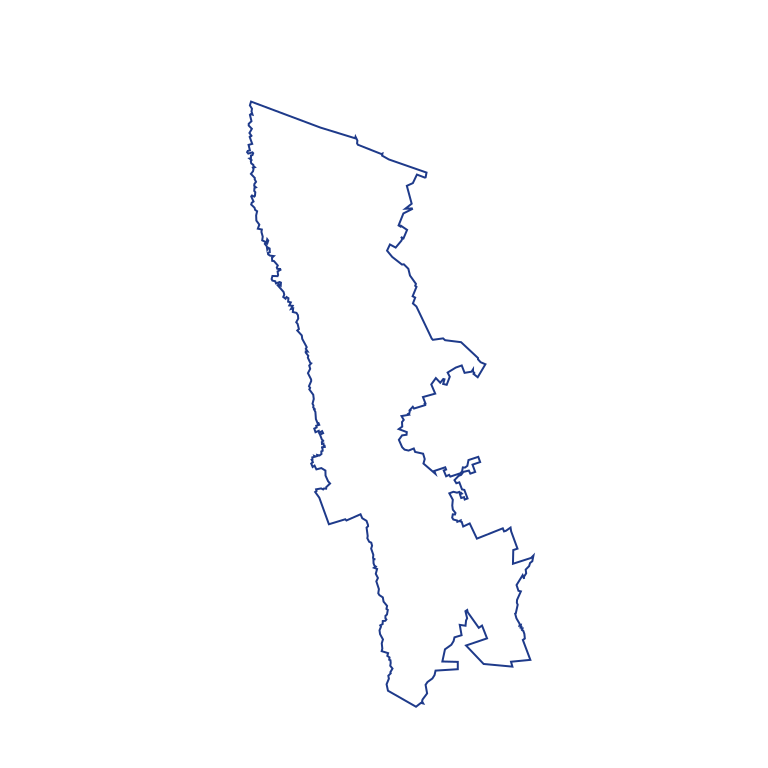 Tapachula, Chiapas, Mexico, rotated 154°
{"feature_id": "50627088B38747904305717", "entity_name": "Tapachula", "entity_type": "district", "adm_level": 2, "iso_a3": "MEX", "parent_name": "Mexico", "parent_adm1": "Chiapas", "projection": "natural_earth1", "projection_center": [-92.282, 14.927], "detail": "fine", "context": "isolated", "style": "outline", "palette": "blue", "viewbox_px": 768, "rotation_deg": 154, "n_neighbors": 0, "source": "geoboundaries", "source_scale": "gbopen_adm2", "svg_char_len": 6137}
<svg xmlns="http://www.w3.org/2000/svg" viewBox="0 0 768 768"><g transform="rotate(154 384 384)"><path d="M493.2,317.1L492.0,310.2L495.0,282.1L478.1,279.4L477.6,277.8L462.2,277.2L462.4,272.9L459.7,268.7L460.2,264.3L460.7,263.1L462.6,262.6L465.3,254.5L466.6,252.7L466.5,248.7L465.0,247.0L465.6,243.9L467.7,241.7L468.5,235.1L470.1,232.5L470.0,231.3L468.6,230.3L470.4,231.0L472.0,227.4L472.2,225.0L471.4,223.5L473.5,223.2L471.3,220.8L474.6,217.0L474.5,212.3L477.4,210.0L478.5,201.9L480.9,198.4L480.7,196.3L478.6,192.7L479.8,188.6L478.5,183.2L480.4,180.8L479.6,179.3L482.4,175.5L484.3,175.0L485.4,172.9L485.1,171.3L486.6,170.6L489.0,171.5L490.5,168.8L493.2,168.7L493.1,167.2L496.0,164.6L497.2,160.9L496.9,154.9L499.7,151.9L501.5,146.9L503.2,144.9L498.3,140.3L500.2,138.2L498.9,135.8L500.2,133.9L499.3,132.9L500.3,130.3L501.9,128.0L501.1,124.5L504.6,122.2L504.8,121.0L508.0,119.9L508.8,117.0L513.3,113.0L514.9,106.6L496.7,79.9L490.6,81.2L488.8,79.7L488.9,82.1L487.7,83.5L480.9,87.0L478.5,95.4L475.5,97.1L469.6,98.1L466.2,100.2L463.3,103.8L442.7,95.3L439.5,101.9L453.2,109.0L445.5,118.8L437.8,120.1L434.2,122.4L431.7,125.4L424.4,124.2L421.5,134.3L416.7,131.0L413.9,135.5L412.0,137.0L410.4,144.1L408.3,144.4L408.8,142.1L405.7,123.3L401.8,123.9L402.9,110.2L424.9,113.0L417.2,88.7L392.5,73.7L391.6,78.7L373.4,71.9L371.4,93.1L369.0,93.5L367.4,97.8L367.0,101.0L367.8,102.3L366.6,103.6L367.6,104.1L367.0,105.3L367.9,105.5L366.6,107.4L368.1,107.5L367.2,108.6L367.7,115.3L366.8,120.1L366.1,120.1L360.6,127.0L360.5,129.1L359.1,131.6L351.9,137.6L353.8,139.2L353.0,145.2L343.2,151.4L343.5,147.5L342.7,149.4L339.2,151.5L338.0,155.1L333.4,156.7L331.2,159.1L328.4,159.7L324.9,164.3L328.1,163.2L346.9,165.9L340.6,178.1L336.2,177.5L334.3,195.9L333.2,199.5L338.8,198.6L340.7,198.9L340.5,202.2L368.3,204.3L368.1,221.1L375.3,221.2L374.6,226.0L375.5,226.8L374.9,227.8L378.5,228.0L378.2,229.3L381.1,231.8L381.3,234.0L379.3,236.7L377.4,235.6L376.3,236.7L377.2,240.9L375.9,244.9L372.9,249.8L373.2,257.1L368.9,256.7L366.0,254.3L363.7,254.0L363.8,252.7L362.6,252.7L362.1,251.4L364.1,251.6L364.6,247.7L361.7,247.2L362.1,244.8L359.1,244.5L358.2,253.6L360.1,255.1L359.4,262.6L362.5,263.1L362.8,266.7L357.3,268.7L354.5,268.5L351.2,270.2L345.7,269.0L345.7,265.6L340.6,265.0L339.8,272.7L331.8,271.7L331.2,277.2L341.4,278.6L345.0,273.9L347.9,273.4L349.7,274.5L352.2,271.2L354.5,270.3L365.0,271.7L365.3,273.8L368.6,273.8L368.2,280.1L365.7,279.9L365.5,282.3L376.9,283.8L377.2,280.8L383.4,295.2L380.3,298.7L379.4,304.2L385.8,309.3L385.5,313.0L391.1,313.4L394.3,316.0L395.4,319.2L395.1,327.3L390.3,329.9L386.0,328.5L384.6,330.8L390.5,337.0L386.3,337.7L384.5,341.9L382.0,343.1L382.3,347.5L375.0,345.4L375.3,346.5L374.2,346.4L372.3,348.9L370.9,348.7L371.9,349.4L368.1,350.9L367.8,348.8L356.3,347.0L356.1,348.4L355.3,348.2L354.7,355.2L342.2,352.9L341.7,362.9L334.8,366.6L332.9,360.5L328.5,362.5L327.6,361.7L330.8,358.1L328.0,355.8L321.7,361.7L321.8,366.4L312.3,367.3L306.0,366.6L306.7,358.7L299.9,356.7L297.6,358.1L298.5,356.3L298.0,354.3L299.1,353.8L296.8,349.0L284.2,357.3L287.6,361.2L288.7,365.0L288.1,366.1L296.4,387.8L309.9,396.6L310.9,399.1L320.7,402.3L321.2,403.8L320.9,439.5L322.7,443.7L318.1,448.0L319.8,450.3L312.2,457.1L312.9,458.6L311.4,460.0L313.1,470.1L311.6,476.9L313.7,482.9L315.5,483.5L320.9,494.6L322.8,502.5L317.5,506.8L313.7,501.5L305.5,505.2L303.8,506.7L304.3,508.7L302.7,506.3L295.7,512.4L299.4,518.8L300.1,518.2L301.4,520.1L291.8,528.8L282.1,528.9L282.0,529.6L288.0,532.2L280.1,533.9L276.6,552.1L270.0,551.9L262.6,557.8L256.8,551.6L256.0,551.5L253.1,555.4L281.2,583.7L285.6,590.1L284.4,591.8L285.5,591.8L302.6,610.5L302.7,612.1L301.2,614.5L301.2,618.7L302.2,617.5L328.7,642.3L379.7,696.1L382.4,693.2L382.0,689.3L383.6,687.0L384.1,683.7L385.5,685.0L386.5,684.7L387.9,678.3L391.5,677.2L392.3,675.6L390.9,671.3L394.9,668.6L394.2,664.3L394.8,665.5L396.4,665.0L397.2,657.6L400.9,658.3L402.1,652.8L404.3,653.2L405.4,652.4L405.0,650.6L400.7,649.9L400.4,648.8L401.9,647.4L403.4,647.7L404.6,645.3L406.0,645.6L404.9,643.3L406.0,642.7L406.6,640.5L405.4,638.3L405.8,637.3L405.1,635.5L407.0,635.9L407.0,634.5L408.5,632.6L411.5,631.2L409.8,625.8L410.5,624.7L410.4,621.8L412.8,620.6L413.8,619.0L412.9,616.9L414.5,617.0L416.0,614.4L415.6,612.8L417.5,609.7L418.5,609.3L420.0,611.3L421.1,610.8L421.3,605.2L423.4,604.9L424.7,603.5L423.1,599.2L423.5,597.0L422.3,594.9L425.0,591.6L427.1,586.8L426.2,581.9L429.3,578.9L426.1,576.4L427.5,574.4L428.4,569.6L430.5,566.5L428.1,563.5L426.9,563.5L425.5,565.3L425.2,563.6L427.4,561.4L428.5,563.1L429.7,562.2L429.0,559.2L430.0,556.0L428.3,557.2L427.4,555.9L428.9,552.5L430.9,552.7L431.3,551.3L430.2,549.4L427.0,547.3L429.3,546.6L430.5,543.7L429.0,542.7L427.5,537.1L429.3,535.7L429.4,534.3L426.9,532.9L427.0,532.0L430.3,531.8L431.4,528.4L432.4,527.6L436.9,530.0L439.0,527.6L439.0,525.9L436.7,524.0L437.0,521.8L433.1,521.4L432.2,520.3L433.7,517.7L434.7,519.6L436.3,519.4L433.9,510.7L434.5,508.0L436.4,506.4L435.1,503.8L433.5,504.9L432.3,503.0L434.1,500.0L432.0,498.2L434.7,496.1L431.8,494.3L434.7,492.2L432.5,491.8L434.4,488.7L431.5,486.3L431.2,483.6L432.4,480.4L435.8,478.0L435.3,475.9L436.4,470.7L438.5,470.1L436.6,463.7L437.7,460.4L437.3,451.0L438.9,449.9L438.4,446.6L440.1,447.5L440.6,446.6L439.7,442.5L440.9,441.1L441.0,435.2L440.4,434.5L443.1,433.4L443.7,430.0L447.6,427.1L447.5,420.1L448.1,418.6L452.4,414.9L452.1,412.9L453.5,411.9L452.3,405.4L453.7,401.3L456.9,397.6L456.8,395.6L457.9,394.0L457.3,391.9L458.0,391.8L457.9,389.0L460.6,382.3L460.9,377.8L460.0,377.6L460.1,375.7L463.2,376.2L463.6,374.5L466.2,374.5L466.7,370.7L463.2,370.5L463.7,368.6L460.3,368.8L460.3,366.5L463.7,366.6L464.2,361.1L463.7,359.8L462.7,359.8L465.3,359.1L466.0,357.3L464.5,357.0L465.2,354.8L464.5,354.5L464.8,353.4L468.1,354.6L467.3,353.7L468.4,350.9L469.9,350.9L470.9,348.5L473.3,348.0L475.1,349.5L475.3,348.5L477.2,348.8L478.2,349.9L478.3,349.0L480.6,349.5L481.5,347.3L482.2,347.5L482.2,344.9L484.3,344.4L484.5,340.7L482.2,341.1L482.2,336.9L477.2,335.9L474.6,331.9L476.7,327.3L476.9,321.1L476.1,318.2L481.0,316.7L481.9,315.3L483.7,316.4L484.9,315.9L486.3,317.7L491.2,319.1L491.5,317.4L493.2,317.1Z" fill="none" stroke="#1e3a8a" stroke-width="2"/></g></svg>